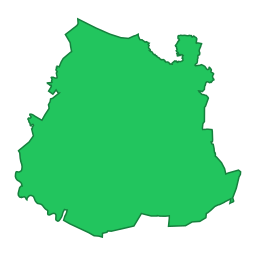 outline of Ometepec, Guerrero, Mexico
{"feature_id": "50627088B84554678203253", "entity_name": "Ometepec", "entity_type": "district", "adm_level": 2, "iso_a3": "MEX", "parent_name": "Mexico", "parent_adm1": "Guerrero", "projection": "natural_earth1", "projection_center": [-98.323, 16.673], "detail": "fine", "context": "isolated", "style": "filled", "palette": "green", "viewbox_px": 256, "rotation_deg": 0, "n_neighbors": 0, "source": "geoboundaries", "source_scale": "gbopen_adm2", "svg_char_len": 5623}
<svg xmlns="http://www.w3.org/2000/svg" viewBox="0 0 256 256"><path d="M26.9,199.8L27.2,198.0L28.7,196.2L29.9,195.5L31.2,195.4L33.0,196.2L33.6,196.8L34.1,197.9L35.1,200.5L35.6,201.4L36.8,202.8L37.5,203.4L40.6,204.1L41.4,204.5L42.5,205.4L43.6,206.9L45.4,209.0L47.5,210.4L47.8,210.9L47.7,213.6L47.8,214.2L48.1,214.7L48.8,214.9L49.7,214.9L52.1,213.7L53.8,213.3L54.7,213.5L55.4,214.0L55.8,214.7L56.0,215.5L55.8,219.3L56.1,220.1L57.6,221.1L58.2,221.1L59.1,220.6L60.1,219.3L61.6,216.9L62.1,215.6L63.0,212.3L64.4,209.5L66.1,209.9L67.2,210.0L66.5,212.7L65.5,215.3L65.3,215.3L64.9,216.1L63.6,220.3L69.8,223.8L88.8,232.7L94.0,235.7L98.8,236.1L102.3,237.1L102.5,233.3L106.9,232.3L107.8,231.0L110.4,231.1L111.3,231.2L133.9,226.0L141.4,213.5L151.2,216.0L157.1,216.0L157.2,215.6L157.7,215.6L159.7,216.1L165.4,216.2L169.3,215.8L169.3,218.4L168.5,226.3L185.5,225.7L192.2,221.9L199.8,221.4L205.9,217.7L206.3,213.5L207.7,212.8L211.0,210.1L214.8,206.5L218.1,204.9L219.5,204.6L224.3,202.3L224.7,201.9L230.8,198.8L229.9,203.3L231.2,202.6L233.2,201.8L233.7,201.1L232.7,197.8L236.3,188.3L239.0,177.0L240.4,174.4L240.6,171.8L238.5,170.1L228.2,173.0L225.8,174.0L224.6,168.7L221.5,162.7L216.5,157.0L215.4,156.3L215.4,153.8L215.0,153.2L215.1,152.9L214.6,152.7L214.2,150.4L214.1,148.8L213.2,144.3L212.6,144.2L211.8,143.8L211.1,141.9L212.4,141.7L212.6,140.1L212.3,131.1L212.0,129.6L207.6,129.2L206.6,129.2L205.8,129.4L202.7,129.5L202.4,128.2L202.9,123.6L204.4,121.6L204.5,107.3L205.5,106.2L208.4,98.1L207.7,96.9L207.4,96.8L206.4,95.5L204.6,95.1L203.9,94.7L201.8,94.4L200.6,93.0L199.2,91.9L198.7,90.9L200.5,91.1L202.3,91.6L202.6,91.5L203.0,90.8L204.4,89.5L204.6,86.4L205.3,85.2L205.8,82.9L206.7,81.9L207.4,81.8L208.6,82.1L209.4,82.7L210.2,82.5L210.6,82.1L210.9,82.4L211.2,82.4L212.9,80.2L213.8,80.0L213.9,79.7L213.7,79.0L213.1,78.5L212.8,78.0L212.8,77.5L212.5,76.8L212.7,75.5L213.3,74.6L213.6,74.0L213.6,73.7L213.4,73.4L211.0,72.0L210.9,71.4L211.4,70.0L211.3,69.7L210.7,68.7L209.5,67.3L209.1,67.4L208.9,69.0L208.0,69.5L207.7,69.6L207.0,69.3L206.3,68.6L205.8,67.7L204.8,66.4L203.3,65.5L201.6,64.7L201.2,64.7L199.9,65.3L198.3,65.4L197.6,65.6L197.1,65.5L195.8,65.8L195.3,65.6L195.1,65.4L195.2,64.6L195.9,63.8L196.8,63.2L197.1,62.7L197.5,60.7L197.4,59.5L198.0,57.8L197.8,56.6L198.1,55.3L199.5,54.8L199.6,54.5L199.8,52.9L199.1,50.9L199.2,50.5L199.3,50.2L199.5,49.2L200.6,46.8L201.1,44.8L201.6,44.0L201.6,43.6L197.6,42.9L196.6,43.2L196.3,43.1L196.2,42.8L196.2,42.3L196.6,40.6L196.3,39.9L196.8,39.3L196.9,39.0L196.1,37.6L194.5,36.7L193.8,36.0L192.5,37.0L192.1,37.0L191.8,36.7L191.4,35.6L190.9,35.5L190.2,35.7L189.2,35.3L188.2,35.8L187.5,35.8L184.8,35.3L182.0,35.5L180.8,35.2L179.3,35.7L178.6,35.6L178.2,35.9L178.0,36.5L178.0,37.5L178.1,38.6L179.0,39.0L179.0,39.9L179.3,40.1L178.6,40.8L178.4,41.3L178.2,41.3L178.0,41.8L177.7,41.9L177.0,43.5L175.4,45.6L175.7,46.3L175.9,46.5L176.4,46.6L176.7,48.6L177.0,48.9L177.1,49.6L176.8,49.9L176.6,50.5L176.2,50.8L177.8,52.7L178.1,52.6L178.3,53.1L178.2,53.7L177.5,53.4L176.8,53.5L177.4,55.0L177.3,55.6L177.4,55.9L177.6,55.9L177.9,55.5L178.5,55.8L178.9,55.6L178.9,54.9L179.4,54.6L179.9,55.2L179.9,55.5L180.1,55.5L180.3,55.2L180.4,54.6L181.9,55.1L182.1,54.7L183.2,55.5L182.2,57.0L182.6,57.3L182.7,58.1L182.4,58.3L182.8,58.5L182.9,60.4L182.3,60.9L180.5,61.7L178.7,61.4L178.6,61.7L177.6,62.4L177.1,62.1L177.3,62.0L177.2,61.6L176.5,61.3L175.8,61.3L175.8,61.0L175.2,61.1L174.5,61.0L174.2,61.6L173.9,61.6L172.0,63.3L171.9,63.6L172.1,64.2L170.6,64.0L170.1,64.1L169.8,64.0L169.6,63.8L169.6,63.4L168.4,62.3L167.7,62.0L165.8,62.1L165.3,61.3L164.9,61.3L164.6,61.0L164.7,60.5L163.6,59.6L162.6,59.6L161.9,59.9L161.3,59.5L160.6,59.5L159.3,58.0L159.1,58.0L158.8,57.7L157.9,57.3L156.7,56.4L156.6,55.8L155.9,55.8L154.9,54.5L154.4,54.9L153.6,54.2L152.8,53.5L152.6,52.7L151.6,51.6L150.8,51.7L149.9,50.9L150.0,50.9L150.3,50.4L150.1,49.5L148.8,48.3L148.8,48.0L148.5,47.4L148.5,46.8L149.1,45.5L148.2,44.6L149.2,43.2L148.1,42.9L147.6,42.2L147.0,42.2L146.4,41.7L145.9,41.8L145.8,42.1L145.2,42.2L143.6,40.9L142.8,40.5L142.1,39.8L140.2,39.8L139.8,39.5L138.3,36.0L138.2,34.2L135.7,35.5L133.9,36.0L128.5,38.4L120.9,37.7L109.8,34.1L104.3,31.7L95.7,27.9L77.8,18.9L78.1,23.6L77.0,25.5L65.4,34.5L70.2,42.7L70.6,46.2L71.6,51.6L70.5,52.3L63.2,58.5L61.2,61.9L59.2,66.8L57.1,66.2L56.9,67.0L56.4,67.2L56.7,68.5L56.1,69.0L56.0,69.7L56.3,70.7L57.1,71.3L57.2,71.6L56.6,72.8L56.3,73.0L57.2,77.2L57.0,77.9L56.7,78.0L55.1,78.1L53.3,77.3L51.4,77.3L51.2,77.6L52.1,79.3L51.7,80.3L51.6,81.5L51.9,82.2L51.8,82.5L47.4,82.9L47.5,83.5L48.1,83.5L48.4,83.7L48.8,84.2L50.1,85.3L51.2,85.3L51.3,85.6L51.0,86.0L51.1,86.5L51.3,86.7L48.6,91.1L52.9,94.2L56.1,89.9L56.9,91.2L57.5,91.8L57.9,92.6L58.3,92.9L59.2,93.0L52.6,98.3L50.6,98.9L50.1,101.7L48.4,104.9L48.6,105.1L49.1,108.4L45.0,114.7L41.9,120.3L34.6,116.0L33.4,115.1L31.7,114.3L30.1,114.1L29.9,114.2L29.8,115.0L30.9,116.5L31.1,116.9L31.1,117.2L30.2,118.2L28.7,118.0L28.1,118.5L27.9,119.1L28.7,120.4L29.0,122.0L30.0,123.3L30.3,125.4L30.5,125.7L31.0,125.7L32.0,124.5L32.3,124.4L33.1,124.4L33.5,125.1L33.5,125.6L32.4,126.7L32.5,126.8L32.3,128.4L32.1,128.4L31.9,129.1L31.7,129.1L33.4,135.9L29.1,142.0L19.1,150.2L18.5,150.8L19.5,152.3L19.8,153.3L20.2,158.1L20.8,161.5L21.8,164.5L22.1,166.9L21.8,169.4L21.5,170.3L21.1,170.9L19.8,171.7L19.1,172.0L18.5,172.0L16.8,171.7L16.3,171.8L16.0,172.2L15.6,173.6L15.4,175.8L15.4,176.7L16.0,178.4L16.9,179.7L17.7,180.4L19.1,181.2L20.7,182.4L21.7,183.9L21.6,184.3L22.1,185.9L21.5,185.9L20.7,186.4L19.6,187.8L18.4,192.5L18.2,193.5L18.3,195.1L19.5,196.9L20.3,197.3L21.4,197.1L21.5,197.5L24.3,196.7L25.0,197.2L25.7,198.0L26.3,199.3L26.9,199.8Z" fill="#22c55e" stroke="#15803d" stroke-width="1.5"/></svg>